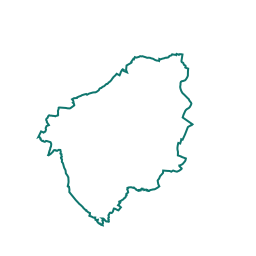 the district of Letca, Salaj, Romania, rotated 312°
{"feature_id": "2599482B91851196787653", "entity_name": "Letca", "entity_type": "district", "adm_level": 2, "iso_a3": "ROU", "parent_name": "Romania", "parent_adm1": "Salaj", "projection": "albers", "projection_center": [23.411, 47.354], "detail": "fine", "context": "isolated", "style": "outline", "palette": "teal", "viewbox_px": 256, "rotation_deg": 312, "n_neighbors": 0, "source": "geoboundaries", "source_scale": "gbopen_adm2", "svg_char_len": 5619}
<svg xmlns="http://www.w3.org/2000/svg" viewBox="0 0 256 256"><g transform="rotate(312 128 128)"><path d="M124.0,187.8L124.5,189.4L126.2,189.8L126.7,190.2L127.2,191.6L128.3,193.6L130.5,194.6L133.2,195.2L133.9,194.9L133.9,193.5L134.1,191.5L134.5,191.2L135.0,191.7L135.5,191.9L137.7,192.7L141.5,192.6L142.7,192.2L144.1,191.4L142.6,187.7L142.3,186.8L142.4,186.7L141.9,185.4L141.0,183.4L143.7,181.1L145.0,179.3L146.2,178.1L147.9,176.9L150.1,175.6L150.6,175.4L151.4,177.2L154.3,175.8L155.3,175.1L155.8,176.4L161.3,174.7L168.7,171.9L169.6,172.1L171.2,172.7L172.2,172.9L172.6,173.4L173.9,173.5L172.4,161.6L175.0,160.4L179.1,159.1L180.1,159.0L181.3,159.1L183.5,159.8L184.9,159.9L187.4,159.3L188.5,158.8L189.0,157.9L189.5,155.1L190.1,153.9L190.1,152.5L190.4,147.3L190.4,145.2L191.0,143.2L192.2,140.9L193.4,139.3L195.9,137.6L196.2,137.2L196.6,136.9L197.8,136.4L198.8,136.7L199.8,137.5L201.7,138.5L202.9,138.5L205.2,138.1L206.9,137.5L210.4,134.5L212.4,133.0L211.5,130.9L211.3,130.1L212.3,129.7L212.7,129.2L212.8,128.9L212.4,127.4L212.7,127.0L212.8,126.3L213.3,125.6L213.3,125.1L213.0,124.2L213.0,123.7L213.5,122.9L219.1,119.3L218.3,118.0L217.3,116.9L217.1,117.0L216.8,116.7L216.4,116.8L215.6,114.6L214.4,115.0L214.2,114.1L213.5,113.5L212.3,111.5L211.1,111.7L209.2,110.6L208.4,110.8L207.0,110.5L206.5,109.9L206.0,109.7L205.8,109.3L205.1,108.7L204.3,108.4L202.3,107.0L200.9,106.3L200.6,105.8L200.3,105.1L199.6,105.8L199.3,105.7L198.6,106.2L198.4,105.6L197.4,104.3L196.7,102.7L196.2,100.2L195.3,98.6L194.9,97.4L193.9,96.1L193.0,95.3L192.2,93.3L191.8,92.5L191.0,90.7L190.2,90.1L189.6,89.1L189.2,88.8L188.5,88.7L187.8,88.3L186.0,87.2L185.6,86.5L185.3,85.7L183.1,86.4L183.0,85.7L179.2,86.2L179.0,86.8L178.3,86.7L173.5,85.1L169.9,87.7L168.7,90.0L167.7,87.0L167.4,85.8L168.3,85.7L168.1,84.8L167.1,84.7L164.9,85.2L162.3,86.3L161.5,86.5L160.7,83.3L158.7,83.4L155.9,83.1L155.5,83.3L154.9,83.2L152.2,83.6L150.1,83.5L148.8,83.1L148.0,83.3L146.8,83.1L146.3,82.5L143.4,82.3L142.6,82.1L141.6,81.5L139.9,81.4L139.1,80.8L138.5,80.6L137.9,80.6L136.5,81.0L134.0,80.5L132.8,80.0L131.5,78.7L130.8,78.1L127.6,76.1L125.3,75.3L125.3,74.2L123.4,72.9L121.5,71.8L120.1,71.4L118.8,70.6L116.7,69.7L116.3,70.0L115.6,69.5L114.0,67.9L113.5,67.9L113.1,67.6L111.9,67.2L111.6,68.9L111.2,69.7L110.6,70.4L109.9,70.2L109.9,71.5L109.4,72.1L109.1,72.8L108.7,72.9L104.5,72.0L103.7,71.7L102.3,70.1L101.3,68.4L97.8,63.9L97.0,63.0L96.7,62.9L95.7,63.7L93.8,64.5L92.5,65.9L91.2,66.9L90.9,67.4L90.3,67.5L89.2,66.6L88.1,66.2L87.4,64.8L86.8,64.2L86.1,63.0L85.0,61.7L84.7,60.9L83.3,60.8L81.9,61.4L80.3,61.2L79.3,61.7L79.1,62.0L78.7,63.3L78.1,63.7L77.6,65.6L77.5,66.4L77.2,67.3L75.5,66.4L74.9,66.2L72.8,66.9L72.0,68.1L70.1,68.9L69.5,68.8L69.0,68.4L68.1,68.4L67.6,66.5L67.3,65.7L61.4,67.4L61.9,67.6L62.1,68.4L61.8,69.0L61.8,70.0L61.2,70.2L60.9,70.9L61.0,71.7L60.9,72.4L61.0,73.1L61.1,73.3L61.7,73.6L61.7,74.9L61.9,75.2L62.6,75.7L63.5,75.7L64.0,76.4L65.6,79.9L65.5,80.2L65.1,81.0L65.0,81.3L64.5,81.9L62.5,83.3L61.7,83.3L59.7,84.6L59.0,84.7L56.8,85.7L56.4,86.2L54.4,86.8L54.6,87.3L55.8,87.5L56.7,87.9L57.9,87.9L59.6,88.1L60.5,88.0L61.2,87.8L62.1,87.9L62.4,88.3L62.7,88.5L62.7,89.1L63.2,89.4L63.4,90.4L63.7,90.7L65.1,91.0L65.5,91.2L66.4,92.4L65.3,94.0L64.3,94.6L63.8,94.8L63.7,95.1L64.0,95.7L64.0,96.2L63.4,96.5L62.9,97.0L62.4,98.1L61.8,98.1L61.6,97.9L61.2,97.9L60.7,98.6L60.8,99.1L60.5,99.4L60.5,99.7L60.3,99.9L60.3,100.2L58.9,101.2L58.5,101.7L58.5,102.6L57.8,104.0L56.4,106.1L55.5,107.7L55.1,109.1L54.5,110.2L52.7,112.2L52.1,115.0L51.6,115.9L51.5,116.6L48.2,119.9L47.2,120.6L44.8,122.0L44.4,122.1L44.3,122.5L44.8,122.9L44.9,123.4L43.1,125.6L41.1,127.3L39.5,137.3L39.1,141.9L39.0,142.1L39.1,144.6L39.0,147.4L38.8,147.8L38.6,150.7L38.9,151.4L39.0,152.1L38.6,152.3L38.7,152.5L38.8,155.2L39.4,156.5L38.3,157.5L36.9,158.0L37.2,159.1L37.7,159.8L38.1,161.7L38.5,162.6L38.7,162.8L39.0,162.9L39.5,163.5L39.3,163.6L38.8,163.9L38.8,164.2L38.0,165.3L39.3,166.8L39.6,167.0L39.1,167.3L38.2,166.9L37.6,168.8L37.6,169.0L37.8,169.3L37.6,170.2L38.2,171.0L37.9,171.4L38.1,171.9L38.0,172.5L38.4,173.5L38.8,174.3L39.7,173.0L40.5,173.1L41.3,172.3L41.4,172.0L41.8,171.5L42.0,170.9L42.7,170.7L43.0,171.0L43.2,170.4L43.7,170.6L43.6,169.5L44.1,170.1L44.2,170.5L44.2,171.4L43.9,173.5L44.0,174.4L44.6,174.9L44.6,175.0L44.8,175.3L45.2,176.2L45.4,176.4L45.7,176.3L45.7,176.0L47.0,175.1L47.0,174.6L47.8,173.6L48.7,173.7L49.5,172.7L49.9,172.4L50.1,171.8L51.1,171.7L52.2,171.3L52.7,171.4L52.9,171.3L53.2,171.4L53.5,172.1L53.9,172.7L54.5,172.8L55.9,172.7L57.1,172.0L57.9,171.9L58.5,171.4L58.8,171.4L59.4,172.6L60.0,175.1L60.4,176.0L64.3,175.8L64.3,173.7L63.9,172.3L64.6,172.2L65.1,172.4L65.5,172.2L67.2,172.2L67.1,171.2L67.4,171.1L67.7,171.3L67.8,171.2L67.8,170.9L68.4,171.2L68.8,171.2L69.3,171.6L70.6,171.8L71.9,172.3L73.0,172.1L74.3,172.5L74.9,172.5L75.9,171.9L76.9,172.1L77.6,171.0L78.0,170.8L78.6,170.9L78.9,171.2L80.4,171.1L80.8,170.4L81.3,169.8L81.8,168.6L82.0,168.3L82.4,168.2L82.9,168.4L83.3,168.1L83.4,167.8L83.7,168.0L83.8,168.3L84.3,168.3L85.1,169.0L86.1,170.0L87.1,172.1L87.7,172.2L87.7,173.7L87.9,174.7L87.6,175.5L88.1,176.9L88.5,177.2L88.2,177.6L88.3,177.9L89.3,178.6L89.3,178.2L89.5,177.8L90.4,178.7L91.3,178.7L91.1,179.1L91.4,179.4L92.2,179.0L92.7,179.5L92.5,179.8L92.5,180.1L92.3,180.3L92.5,180.7L93.2,181.3L93.4,181.8L93.2,181.9L94.4,182.7L94.6,183.1L94.9,183.8L94.3,184.0L94.7,184.5L94.8,185.0L94.7,185.2L95.5,185.9L96.7,186.0L98.3,187.2L99.3,187.8L99.6,188.3L100.5,188.9L101.3,189.2L103.8,190.0L105.6,190.3L106.5,188.1L107.9,186.3L108.8,185.2L109.3,185.1L111.2,185.0L113.6,184.1L117.9,184.1L118.1,184.0L119.9,182.6L122.8,186.4L124.0,187.8Z" fill="none" stroke="#0f766e" stroke-width="2"/></g></svg>